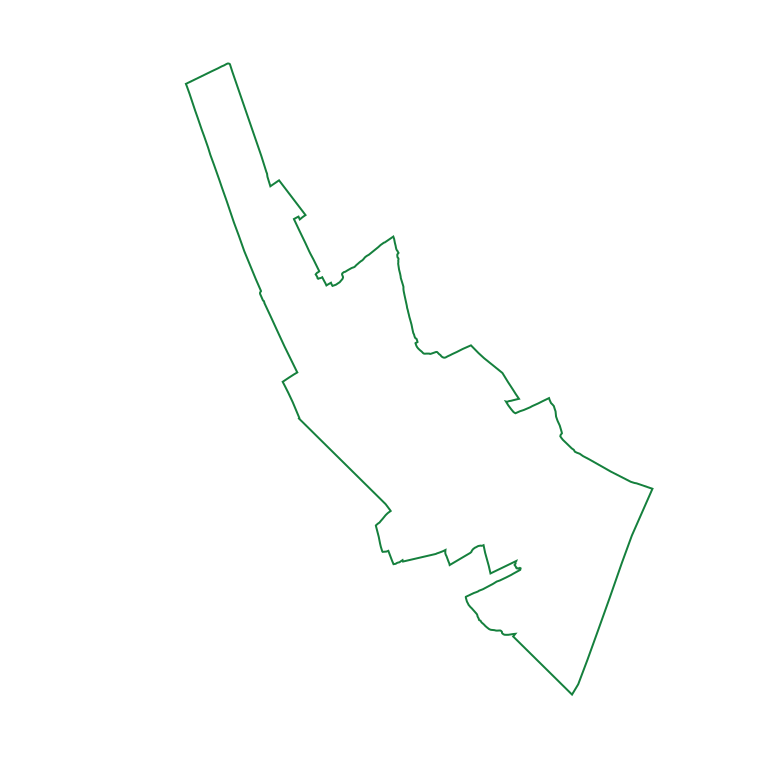 Piscu Vechi, Dolj, Romania, rotated 314°
{"feature_id": "2599482B15359512308181", "entity_name": "Piscu Vechi", "entity_type": "district", "adm_level": 2, "iso_a3": "ROU", "parent_name": "Romania", "parent_adm1": "Dolj", "projection": "natural_earth1", "projection_center": [23.159, 43.89], "detail": "fine", "context": "isolated", "style": "outline", "palette": "green", "viewbox_px": 768, "rotation_deg": 314, "n_neighbors": 0, "source": "geoboundaries", "source_scale": "gbopen_adm2", "svg_char_len": 6085}
<svg xmlns="http://www.w3.org/2000/svg" viewBox="0 0 768 768"><g transform="rotate(314 384 384)"><path d="M503.1,58.3L507.0,51.0L506.8,50.0L506.3,49.2L505.7,48.8L504.4,48.3L502.0,47.6L499.7,46.6L495.5,45.2L489.2,42.8L471.3,36.3L462.3,33.0L461.1,35.6L457.7,42.5L449.6,58.0L446.1,65.0L440.4,76.1L437.2,82.7L431.9,93.2L428.2,99.9L423.6,109.4L416.2,124.2L412.9,130.6L406.3,143.8L396.0,163.7L389.8,176.6L382.5,191.2L370.4,218.9L365.5,230.8L365.2,231.1L364.8,231.1L363.8,231.3L363.1,231.8L362.6,232.6L362.4,233.0L362.3,233.4L360.2,238.5L360.0,239.2L360.1,239.4L360.2,239.6L360.2,240.0L359.9,240.5L359.7,241.0L359.5,241.4L359.4,241.5L359.2,241.6L353.7,256.0L348.5,269.3L341.8,286.6L340.7,289.7L332.6,312.1L332.1,313.6L328.5,312.6L322.6,311.2L315.2,309.6L314.2,312.6L313.0,316.1L311.1,321.5L307.5,331.0L300.7,346.8L300.1,346.8L298.7,468.7L297.5,476.1L297.3,477.0L293.9,476.4L291.9,476.3L290.5,476.3L285.9,476.7L283.6,476.8L281.2,477.0L279.3,476.6L276.6,476.4L276.1,477.1L270.4,486.4L266.5,492.0L264.7,494.8L262.4,499.0L262.3,499.6L265.1,502.1L267.0,503.0L262.5,512.5L261.0,516.0L262.8,517.3L264.2,517.6L265.4,518.2L266.4,518.9L270.2,519.7L269.5,521.0L297.7,539.3L299.0,539.8L301.1,540.9L304.8,542.6L307.3,543.5L305.9,544.6L304.9,545.6L304.1,547.0L303.6,548.5L301.0,553.9L300.3,555.6L299.4,557.0L311.7,560.4L322.5,563.4L323.1,563.4L323.8,563.5L324.9,563.1L325.8,562.9L327.1,562.8L328.5,563.0L329.3,563.1L330.0,563.4L330.6,563.6L332.8,564.3L333.0,564.4L334.8,565.7L335.4,566.6L336.7,567.4L337.2,567.6L332.9,573.9L326.0,585.6L321.7,592.2L348.6,602.1L348.4,602.2L347.3,602.2L347.1,602.4L346.7,602.8L346.2,603.4L345.2,603.5L344.7,603.5L344.4,603.9L344.3,605.1L344.0,606.1L344.0,606.4L343.7,606.6L343.6,606.9L343.7,607.1L343.8,607.4L343.7,607.8L343.9,608.1L344.6,608.4L344.9,609.3L346.1,609.5L346.3,610.3L344.9,611.1L341.7,610.1L337.2,608.7L335.0,608.1L329.8,606.3L323.1,603.8L320.2,602.3L316.1,601.3L307.2,598.4L305.6,597.9L304.6,597.5L301.4,596.0L300.0,595.7L298.2,594.9L296.0,593.8L287.8,590.7L287.2,591.2L285.1,594.8L284.4,597.0L283.9,598.2L283.8,599.4L283.7,599.9L283.6,600.8L283.6,601.4L283.6,602.4L283.6,603.2L283.5,604.2L283.0,610.3L282.8,611.1L282.3,612.1L281.8,612.7L281.7,613.0L281.4,613.9L281.1,614.9L281.0,615.2L280.4,616.0L280.3,616.3L280.3,616.6L280.4,616.9L280.6,617.3L280.8,617.8L280.7,618.1L280.5,618.8L280.3,619.6L280.3,620.9L280.4,621.7L280.4,623.1L280.4,623.8L280.3,624.6L280.4,626.9L280.7,629.8L281.2,631.2L281.7,632.0L282.9,633.5L283.6,634.4L284.4,635.8L284.8,636.3L285.4,636.9L286.9,638.3L287.3,638.7L287.5,639.0L287.6,639.3L287.7,639.6L287.7,639.8L287.7,640.4L287.7,640.8L287.6,641.0L287.1,641.6L286.9,641.9L286.8,642.6L286.9,643.1L286.9,643.7L287.3,644.8L288.5,646.2L289.9,647.6L292.0,649.2L294.1,650.8L295.5,652.0L292.1,652.3L291.2,735.0L302.9,732.3L326.8,722.0L356.0,708.9L386.7,695.0L420.5,679.4L447.1,667.6L495.1,649.9L488.0,634.7L486.8,632.9L485.1,629.5L478.6,608.2L472.2,583.4L470.4,577.3L469.8,573.3L468.5,570.3L467.9,568.3L468.5,566.2L468.1,563.8L468.1,560.4L468.1,554.5L468.1,551.4L468.5,548.6L468.9,547.1L470.2,546.4L471.5,546.3L472.2,546.2L473.2,544.6L476.2,539.3L478.1,534.4L480.1,530.4L483.5,526.4L484.5,524.4L486.1,521.5L486.3,519.3L486.3,517.4L487.6,514.2L488.5,512.5L481.7,510.0L477.1,508.4L471.1,506.0L468.8,505.3L462.4,502.6L458.8,500.7L454.3,498.9L454.1,498.3L453.8,496.7L454.2,493.0L454.5,491.2L455.0,488.1L455.8,485.0L456.1,483.9L456.5,484.6L457.4,485.3L458.7,485.9L460.1,487.0L462.4,488.4L465.1,490.1L467.1,491.4L467.5,489.5L468.3,485.7L469.5,480.8L471.6,471.6L474.2,461.5L472.1,438.2L471.9,430.5L472.2,419.7L463.9,416.3L457.8,414.2L452.9,412.3L450.8,411.6L448.0,410.5L446.6,410.1L445.8,409.8L445.3,409.5L445.0,409.3L444.6,408.8L444.2,408.2L444.1,407.6L443.9,407.2L443.8,405.8L444.0,404.6L444.0,404.0L443.8,403.4L443.8,402.8L443.8,402.0L443.9,400.7L443.8,399.8L443.2,399.2L441.8,398.5L439.0,397.1L438.1,396.6L437.6,396.2L437.3,395.4L436.7,394.8L435.2,393.3L433.7,391.8L433.4,390.8L433.5,388.7L433.3,386.3L433.3,383.9L433.5,382.3L434.0,380.7L434.5,379.7L435.2,378.3L435.4,378.2L436.3,378.6L437.4,379.0L437.6,378.8L438.3,377.6L438.8,376.6L439.1,375.9L438.9,375.3L438.8,374.7L439.0,373.8L439.3,373.3L439.6,372.6L440.5,371.2L440.9,369.9L441.5,368.9L442.1,368.0L443.7,365.6L445.8,362.6L448.3,358.4L449.9,355.6L451.3,353.5L452.0,352.3L453.7,349.7L454.8,347.8L456.3,345.8L458.9,341.9L460.5,339.5L462.1,337.1L464.3,333.9L465.3,332.6L466.0,331.8L467.0,330.9L467.6,330.2L468.9,327.9L471.5,323.2L472.0,322.3L472.9,321.3L474.5,319.0L476.8,315.3L480.4,310.6L481.2,310.0L481.9,309.4L482.5,308.6L483.0,308.3L484.0,307.6L484.4,307.0L484.5,306.6L484.4,306.1L484.6,305.7L484.8,305.3L485.1,305.0L485.7,304.3L486.3,303.7L486.9,303.5L488.1,303.5L488.3,303.4L488.5,303.2L488.5,302.9L488.8,301.8L489.1,301.2L489.1,300.5L489.5,299.3L490.5,297.7L491.4,296.5L493.2,293.6L495.4,290.5L496.5,288.3L489.7,286.9L486.3,286.2L485.5,285.7L483.7,285.4L481.7,285.0L478.4,284.8L469.5,283.7L466.3,283.3L465.7,283.1L465.1,282.9L464.0,282.6L462.7,282.4L461.6,282.3L460.9,282.4L459.9,282.5L458.6,282.5L457.9,282.5L456.3,282.1L454.0,281.8L452.3,281.7L450.5,281.5L448.3,281.5L447.8,281.5L447.3,281.3L446.8,281.1L445.7,280.5L444.8,280.1L441.1,279.0L440.4,278.8L438.4,278.3L437.9,278.2L437.4,277.9L437.0,277.6L436.5,277.4L435.4,277.2L434.5,277.2L433.9,277.5L433.7,277.7L433.4,278.2L432.9,279.4L432.5,280.2L432.2,280.5L431.8,280.7L431.1,281.0L430.5,281.2L429.9,281.2L428.6,281.3L427.7,281.3L427.3,281.4L426.7,281.4L426.2,281.4L425.1,281.1L422.7,280.6L422.2,280.5L421.1,280.0L418.8,278.8L418.9,278.3L419.4,276.8L420.0,275.5L416.9,274.6L414.9,274.1L415.8,271.8L416.4,269.8L417.2,267.4L417.9,265.4L416.9,265.1L416.4,264.9L416.0,264.7L415.5,264.3L415.3,264.2L414.7,263.8L414.3,263.7L414.0,263.6L413.9,263.2L413.9,262.8L414.7,261.5L415.4,258.7L417.0,258.6L417.5,258.6L418.4,258.9L420.1,259.2L424.6,246.7L426.5,240.8L427.6,237.7L428.2,236.2L430.8,229.5L435.4,217.0L438.7,208.3L439.9,205.0L440.1,204.6L444.2,205.9L445.0,206.2L443.9,209.1L447.4,209.5L451.0,210.2L457.6,167.0L447.3,164.9L452.1,156.2L454.1,153.7L454.8,152.1L462.9,137.2L503.1,58.3Z" fill="none" stroke="#15803d" stroke-width="2"/></g></svg>